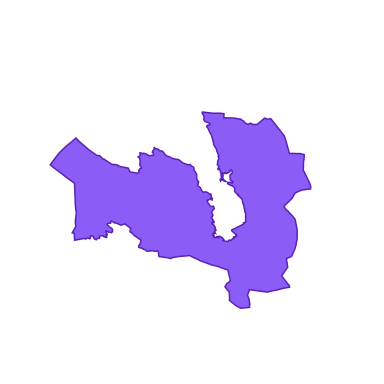 the district of Dagdas pag., Dagdas, Latvia, rotated 213°
{"feature_id": "27541924B87793076838019", "entity_name": "Dagdas pag.", "entity_type": "district", "adm_level": 2, "iso_a3": "LVA", "parent_name": "Latvia", "parent_adm1": "Dagdas", "projection": "robinson", "projection_center": [27.556, 56.097], "detail": "fine", "context": "isolated", "style": "filled", "palette": "violet", "viewbox_px": 384, "rotation_deg": 213, "n_neighbors": 0, "source": "geoboundaries", "source_scale": "gbopen_adm2", "svg_char_len": 6109}
<svg xmlns="http://www.w3.org/2000/svg" viewBox="0 0 384 384"><g transform="rotate(213 192 192)"><path d="M58.3,165.3L59.6,166.6L60.9,166.9L71.1,170.5L70.8,181.1L76.5,187.5L73.4,192.3L74.9,201.1L75.6,202.9L75.7,204.0L76.6,205.6L78.5,210.3L83.2,217.6L90.6,225.2L94.6,226.6L99.5,227.7L101.2,228.4L103.4,228.4L107.1,230.0L104.6,241.3L105.0,247.1L103.0,250.6L100.6,253.8L94.2,259.2L95.5,261.4L98.5,263.7L110.9,271.2L112.1,273.6L114.0,276.5L115.4,279.1L115.6,279.9L118.2,284.5L122.4,283.1L124.3,281.7L129.0,279.0L131.2,277.3L142.5,287.3L145.3,289.4L165.8,296.4L168.1,294.3L171.3,293.6L174.2,284.2L176.2,282.7L177.0,282.4L178.0,281.6L179.8,281.8L180.5,281.5L181.2,280.2L182.4,279.0L185.5,278.9L187.4,279.6L189.5,279.3L190.3,279.8L197.2,276.8L205.7,271.6L207.8,275.1L211.3,273.4L217.1,269.6L226.9,264.7L226.8,264.2L225.7,263.2L224.8,263.2L222.6,261.4L222.2,260.9L222.0,259.7L220.7,258.5L219.4,258.2L217.7,258.5L216.1,259.1L214.4,259.0L213.8,258.4L213.7,257.9L215.3,256.6L215.5,255.2L215.3,254.8L213.2,254.1L208.4,251.0L206.6,250.3L200.7,244.9L199.6,243.5L194.8,241.2L193.1,239.5L190.0,237.6L189.5,237.0L189.6,236.2L188.1,235.3L187.9,234.9L187.1,231.8L185.6,228.6L183.3,228.1L182.7,226.8L183.2,226.0L183.0,225.6L182.1,225.0L181.3,226.2L180.6,226.0L180.1,225.7L179.8,225.0L178.2,223.5L177.7,223.3L176.4,221.4L175.2,220.4L175.4,220.2L174.5,218.4L175.2,218.2L175.2,217.7L174.0,216.7L174.0,218.1L173.6,218.6L170.1,218.8L169.4,219.3L171.5,219.4L174.0,220.6L174.1,221.0L175.0,221.3L174.5,222.3L174.7,222.6L176.5,224.0L176.8,224.5L176.4,224.9L175.3,224.8L174.8,226.5L174.5,226.5L174.0,225.8L173.5,225.9L173.3,226.5L172.3,227.6L171.3,229.4L171.3,229.9L171.8,230.8L171.3,231.8L170.5,231.9L168.6,230.1L168.7,229.3L169.3,227.8L169.3,227.1L168.9,226.0L167.1,224.2L166.7,223.1L165.7,222.7L163.5,222.9L163.0,222.6L163.0,221.7L163.3,221.3L165.8,220.6L166.3,220.0L167.2,219.7L167.3,219.3L166.7,218.5L166.2,218.3L165.1,218.6L162.7,218.7L160.9,219.1L159.6,219.0L157.4,217.6L157.1,216.1L155.2,215.1L152.3,215.2L151.4,214.7L152.0,214.3L151.8,214.2L148.6,213.8L146.0,213.0L145.5,212.7L143.2,210.3L141.4,209.0L136.3,203.8L135.7,203.7L130.6,196.0L131.9,194.2L131.1,194.0L131.9,192.1L136.5,184.2L138.0,182.1L137.6,181.1L131.1,180.1L130.6,179.2L131.2,179.1L130.8,178.7L131.1,178.3L131.1,178.0L131.7,177.8L131.7,177.4L132.5,177.1L131.7,176.3L132.3,176.2L132.3,175.3L132.7,174.2L132.9,172.7L133.9,172.4L134.9,171.6L134.6,170.6L135.3,169.8L136.6,169.4L137.2,168.8L137.7,168.8L138.5,168.3L139.7,168.3L140.1,169.0L139.5,169.0L139.4,169.4L141.8,170.2L142.7,169.9L143.5,170.2L144.3,170.0L144.9,169.8L144.8,169.3L145.1,168.8L145.6,168.9L145.3,168.0L146.4,168.3L146.9,167.9L146.5,167.2L147.7,166.3L148.3,166.0L149.1,166.1L148.7,166.5L149.2,166.7L149.7,166.6L149.8,166.8L149.6,167.1L150.7,167.2L150.5,167.7L151.1,167.8L150.8,168.2L150.9,168.4L151.7,168.3L151.4,169.3L150.9,169.6L150.9,169.9L150.4,170.0L150.9,170.2L150.3,170.4L151.1,170.8L151.4,171.8L151.7,172.1L151.0,172.7L151.0,172.8L151.4,173.3L152.0,173.2L152.0,173.6L152.4,173.8L153.2,175.1L154.3,175.3L154.7,175.8L156.2,176.4L156.6,176.1L157.9,176.2L158.3,176.6L157.4,176.8L158.4,177.5L157.0,178.4L157.7,178.9L157.5,179.3L157.7,179.5L159.0,179.2L159.2,179.9L159.6,180.2L162.0,181.4L161.6,182.6L161.8,183.9L162.4,184.4L164.2,185.3L164.7,186.3L164.7,187.7L164.1,189.7L164.3,190.2L165.8,191.6L166.4,191.8L168.0,190.3L168.7,189.9L174.4,192.4L174.8,193.6L173.9,193.7L173.2,196.2L170.8,196.1L171.5,197.8L172.8,197.4L172.8,198.3L173.6,198.9L174.0,199.7L175.2,200.5L175.4,200.4L175.1,200.1L175.6,199.8L176.5,199.7L178.5,200.1L180.5,199.6L181.2,199.2L181.6,198.8L181.8,198.1L182.4,197.9L184.3,198.3L187.4,200.2L190.7,200.5L191.1,201.0L191.2,202.2L192.0,202.9L192.0,203.6L191.8,204.0L192.0,204.2L194.2,204.9L195.3,205.7L197.6,209.3L199.6,210.5L202.3,211.4L203.4,213.1L204.3,213.7L206.5,213.5L208.6,214.0L210.4,212.5L215.6,211.4L220.7,211.9L222.3,211.4L222.9,210.8L225.1,210.2L226.9,209.4L229.5,209.4L232.5,208.5L235.5,208.8L236.4,209.4L239.1,210.2L240.0,209.9L240.4,209.4L241.1,209.1L244.2,209.4L246.4,208.5L247.9,208.8L248.0,208.6L247.0,207.6L247.3,205.5L247.1,205.3L247.1,203.8L246.0,203.6L244.3,202.0L244.3,201.7L248.0,199.0L250.9,199.0L252.0,198.8L254.1,197.9L254.6,197.0L256.5,197.0L257.0,196.2L256.0,195.4L255.3,194.3L256.3,192.0L254.4,191.9L252.2,189.5L250.3,186.0L249.3,185.8L247.7,184.9L247.4,184.0L248.3,183.5L248.5,181.3L247.2,180.2L247.8,178.6L248.7,177.7L254.9,175.1L258.5,177.3L267.0,173.9L269.7,174.0L274.3,171.6L283.6,171.6L283.8,171.1L289.3,172.2L291.7,170.8L301.3,171.2L314.9,173.1L318.7,174.1L320.4,168.3L322.3,162.6L324.5,153.4L325.1,147.7L325.7,137.6L319.7,136.9L310.2,136.4L306.8,135.9L295.3,135.4L282.7,117.5L279.6,113.5L278.0,112.2L273.5,103.2L270.7,99.9L270.2,92.5L268.3,93.3L264.2,87.6L257.0,94.4L255.4,94.7L255.5,95.5L254.6,96.5L253.9,96.9L252.3,97.0L252.1,97.8L252.2,98.5L253.3,99.4L253.2,99.7L252.1,100.7L251.4,101.0L250.4,101.1L249.6,100.0L248.5,99.5L246.3,99.8L246.2,101.3L244.3,102.8L245.4,104.5L244.6,105.7L242.7,106.9L241.8,106.5L239.3,107.0L238.8,107.6L239.0,108.0L239.9,108.0L240.6,108.8L240.1,109.0L239.8,109.4L240.1,110.4L242.5,111.7L243.1,112.4L241.4,113.0L240.1,112.8L239.8,113.2L237.4,114.0L237.0,115.5L237.5,116.0L238.0,117.1L239.3,117.8L242.4,117.7L243.7,118.3L244.5,118.2L245.3,118.4L245.7,118.7L245.6,119.7L244.3,121.0L243.3,121.5L244.1,122.6L243.8,123.1L243.7,123.7L243.5,123.9L240.7,123.9L240.2,124.4L240.0,124.0L238.8,124.6L233.5,125.5L230.9,128.7L223.6,128.1L222.4,124.9L218.5,124.7L217.2,124.1L208.4,123.8L207.2,119.6L206.9,119.5L207.4,118.9L207.3,117.6L206.6,116.6L205.9,116.6L203.7,117.5L201.8,117.5L199.7,118.1L197.5,117.8L194.4,120.1L193.5,121.1L189.9,122.4L189.0,124.0L188.0,123.8L184.5,119.9L176.8,123.5L173.8,124.5L172.0,127.0L167.8,130.8L159.1,137.6L157.6,137.5L150.8,138.6L147.7,138.8L136.3,141.4L129.7,143.7L121.9,145.4L119.5,146.2L111.7,138.7L112.0,136.1L113.0,134.3L112.7,130.4L106.1,128.2L102.2,122.8L102.0,121.8L99.6,121.2L92.6,120.6L87.7,121.1L80.9,126.6L82.5,129.0L82.3,129.3L86.0,133.4L89.5,136.0L90.2,140.6L90.7,141.3L74.4,149.0L70.5,153.2L68.4,155.0L62.6,161.3L58.3,165.3Z" fill="#8b5cf6" stroke="#5b21b6" stroke-width="1.5"/></g></svg>